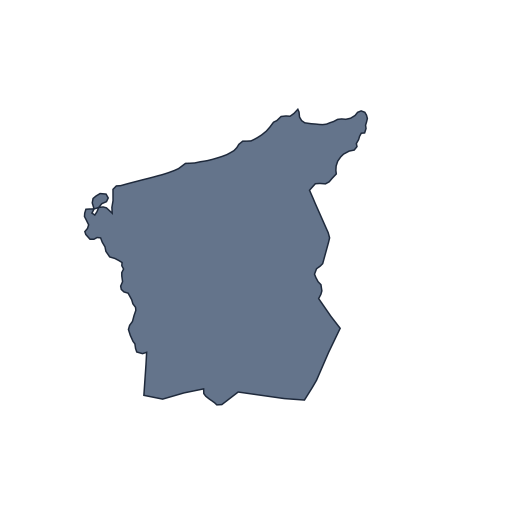 Ipojuca, Pernambuco, Brazil (Robinson projection), rotated 233°
{"feature_id": "56859067B31320114840690", "entity_name": "Ipojuca", "entity_type": "district", "adm_level": 2, "iso_a3": "BRA", "parent_name": "Brazil", "parent_adm1": "Pernambuco", "projection": "robinson", "projection_center": [-35.046, -8.459], "detail": "fine", "context": "isolated", "style": "filled", "palette": "slate", "viewbox_px": 512, "rotation_deg": 233, "n_neighbors": 0, "source": "geoboundaries", "source_scale": "gbopen_adm2", "svg_char_len": 2484}
<svg xmlns="http://www.w3.org/2000/svg" viewBox="0 0 512 512"><g transform="rotate(233 256 256)"><path d="M212.2,82.6L200.5,93.0L197.9,95.3L190.0,116.1L181.4,134.2L177.5,131.5L174.2,131.5L170.3,132.5L163.8,134.6L160.7,135.1L157.9,139.3L158.1,159.9L125.1,192.8L111.8,208.0L117.0,221.6L120.3,229.5L135.4,256.1L147.6,279.7L162.7,279.5L184.3,280.4L186.3,284.7L188.5,287.6L194.0,290.6L198.1,290.1L202.6,290.8L206.3,291.8L209.4,296.7L209.3,301.4L209.8,304.7L223.3,322.2L226.2,325.7L231.2,327.7L235.2,328.6L262.7,335.0L267.0,336.1L276.3,338.3L277.0,341.7L278.0,346.9L275.5,350.7L271.8,354.9L271.2,359.1L272.2,363.5L273.2,369.5L276.3,371.3L279.7,374.2L282.6,378.4L284.2,383.4L284.7,387.2L283.7,393.6L281.5,398.2L282.6,402.5L285.4,403.8L287.2,408.0L289.3,410.8L290.7,414.0L288.9,416.8L291.6,420.6L294.5,422.2L296.4,424.8L298.8,427.7L302.0,429.0L305.3,429.4L308.6,427.3L309.6,423.6L308.6,419.7L309.1,414.5L311.1,410.0L313.9,406.9L316.0,403.4L316.7,398.9L317.9,395.3L318.9,391.6L320.8,388.3L322.8,385.9L325.5,383.0L328.4,379.7L333.0,375.1L336.7,373.9L340.8,374.4L345.1,377.0L348.0,377.7L347.0,372.2L347.1,367.3L349.8,364.2L352.3,360.0L351.6,354.1L352.3,350.5L350.6,344.7L349.5,339.4L349.3,333.2L349.7,328.2L350.2,324.8L350.9,321.3L353.1,318.0L355.7,314.5L355.5,309.5L354.1,306.0L353.4,301.8L353.9,297.7L354.5,293.7L356.0,288.6L357.5,284.4L359.4,279.3L361.4,274.6L363.0,271.5L364.7,268.4L367.2,263.0L369.8,259.1L372.4,255.4L372.4,251.0L372.4,246.8L373.4,242.3L375.3,236.0L376.4,232.8L377.6,229.5L378.9,226.4L380.9,221.3L382.8,216.7L385.1,211.3L386.7,207.4L389.8,199.9L391.5,195.7L393.6,190.3L396.0,186.6L395.3,181.9L386.2,175.1L381.6,170.2L376.7,166.9L384.5,165.5L387.2,163.4L389.4,159.6L387.1,155.7L385.7,151.9L389.0,150.8L391.0,155.0L393.6,151.5L395.7,148.3L393.3,145.0L390.8,142.8L386.8,142.1L381.6,141.1L379.4,138.0L378.5,134.0L375.6,133.0L369.3,133.5L366.9,136.7L366.4,140.2L364.0,142.8L359.5,141.5L354.2,140.9L350.0,138.9L343.3,138.6L339.0,141.8L335.0,143.7L331.4,145.1L329.0,143.0L325.3,142.4L323.5,138.8L320.8,136.8L315.8,134.0L313.4,129.8L310.4,128.3L306.8,128.9L303.3,131.5L295.9,130.4L291.9,128.9L287.5,128.9L284.9,127.3L281.8,122.7L278.1,118.0L276.7,113.4L274.1,109.9L268.1,107.8L265.3,107.2L261.8,106.4L258.7,106.4L254.5,104.1L251.1,103.0L246.3,106.6L244.9,110.7L235.5,102.8L212.2,82.6ZM389.4,159.6L390.6,164.3L389.4,169.3L391.3,172.9L395.7,173.5L399.7,169.1L400.2,164.3L400.0,160.5L397.0,157.2L391.0,155.0L389.4,159.6Z" fill="#64748b" stroke="#1e293b" stroke-width="1.5"/></g></svg>